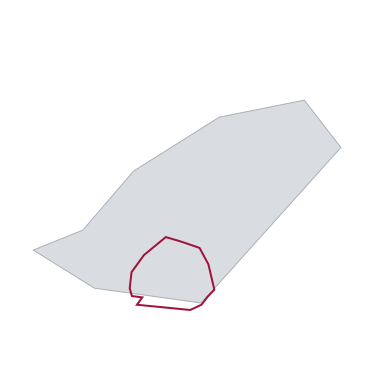 location of Saint David within Grenada, rotated 36°
{"feature_id": "GRD-5071", "entity_name": "Saint David", "entity_type": "Parish", "adm_level": 1, "iso_a3": "GRD", "parent_name": "Grenada", "parent_adm1": "", "projection": "robinson", "projection_center": [-61.661, 12.056], "detail": "fine", "context": "in_parent", "style": "outline", "palette": "rose", "viewbox_px": 384, "rotation_deg": 36, "n_neighbors": 0, "source": "natural_earth", "source_scale": "10m", "svg_char_len": 512}
<svg xmlns="http://www.w3.org/2000/svg" viewBox="0 0 384 384"><g transform="rotate(36 192 192)"><path d="M169.5,327.2L97.7,332.3L126.1,286.9L132.4,209.5L170.1,115.4L228.8,51.7L286.3,68.5L264.7,276.4L169.5,327.2Z" fill="#d9dde1" stroke="#a8b0b8" stroke-width="1"/><path d="M267.5,257.9L266.2,267.5L265.9,277.6L259.9,288.5L213.7,315.6L213.7,306.5L204.5,311.5L198.2,306.5L190.2,292.4L190.2,271.2L197.3,243.9L211.5,238.8L231.0,232.8L247.8,240.9L267.5,257.9Z" fill="none" stroke="#9f1239" stroke-width="2"/></g></svg>